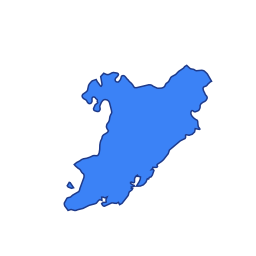 SVG path tracing the border of Cantabria, rotated 146°
{"feature_id": "ESP-5813", "entity_name": "Cantabria", "entity_type": "Autonomous Community", "adm_level": 1, "iso_a3": "ESP", "parent_name": "Spain", "parent_adm1": "", "projection": "orthographic", "projection_center": [-3.983, 43.14], "detail": "fine", "context": "isolated", "style": "filled", "palette": "blue", "viewbox_px": 256, "rotation_deg": 146, "n_neighbors": 0, "source": "natural_earth", "source_scale": "10m", "svg_char_len": 4268}
<svg xmlns="http://www.w3.org/2000/svg" viewBox="0 0 256 256"><g transform="rotate(146 128 128)"><path d="M69.0,86.9L69.6,86.9L72.6,89.9L75.0,87.5L78.2,86.9L81.4,87.8L83.5,89.9L84.3,89.9L85.5,88.0L86.5,87.4L91.8,88.1L105.9,86.6L109.1,84.2L116.2,81.9L118.9,81.5L124.0,81.5L124.7,81.1L124.8,80.3L125.0,79.6L125.9,79.3L126.7,79.6L129.4,81.5L130.0,80.8L130.5,80.6L131.1,80.6L131.8,80.4L131.3,80.2L130.2,79.3L130.2,78.3L134.1,75.4L136.1,74.6L138.0,75.1L139.4,74.2L139.7,74.4L140.3,75.1L143.6,73.0L147.0,72.3L150.3,73.0L153.5,75.1L148.6,77.3L146.5,78.7L145.0,80.4L146.2,81.9L146.7,82.3L147.3,82.7L146.9,82.8L146.6,82.8L146.5,83.6L147.7,83.7L148.8,83.5L150.4,82.7L151.2,81.9L152.7,79.7L153.2,79.3L154.2,79.6L155.2,81.1L156.3,81.5L156.8,80.8L156.5,79.4L155.8,78.0L155.1,77.2L155.1,76.2L156.6,76.5L157.3,76.7L158.1,77.2L158.3,76.4L158.9,76.2L158.1,75.1L159.3,74.5L162.7,74.3L164.0,73.4L165.1,72.3L166.3,71.7L175.0,68.9L177.8,69.1L177.6,71.8L179.6,71.9L181.1,73.0L182.4,74.3L183.4,75.0L191.2,76.3L191.8,76.8L192.2,77.6L192.3,78.6L192.2,80.0L191.7,80.2L191.0,80.0L190.1,80.2L189.6,79.8L188.5,79.1L187.4,78.8L187.0,79.7L186.6,80.6L185.7,81.4L183.9,82.5L186.1,82.9L187.4,84.7L188.5,85.4L190.1,82.5L191.3,84.3L192.9,84.4L196.3,83.4L197.9,83.7L203.4,85.6L210.3,86.5L215.5,88.4L217.0,88.7L218.2,89.3L220.8,92.3L223.8,93.2L223.8,94.3L224.0,98.8L223.5,100.3L222.8,101.4L217.9,103.9L216.8,103.8L214.3,102.9L211.4,103.3L204.3,102.8L202.9,103.6L201.6,104.8L192.1,111.7L190.9,113.3L190.5,114.8L190.9,115.8L191.1,117.0L191.1,118.2L191.0,119.3L191.0,120.4L191.4,121.5L191.9,122.6L192.8,125.9L193.0,127.8L189.8,128.1L186.4,127.7L184.3,127.8L182.2,127.4L179.1,126.0L175.8,125.1L172.5,124.6L171.5,124.1L169.7,122.7L168.7,122.2L167.5,122.4L165.8,123.5L163.5,126.0L160.8,129.7L159.1,131.5L157.8,132.6L155.7,133.8L154.0,135.4L153.0,135.8L151.9,136.0L148.6,135.8L147.5,135.9L146.5,136.2L145.8,136.7L145.8,138.1L145.7,139.5L145.3,141.0L143.9,142.5L142.7,143.2L141.0,143.7L139.2,144.8L136.8,147.4L134.8,148.8L133.8,149.2L132.9,149.9L132.7,150.1L131.8,152.0L129.2,159.3L129.0,160.4L129.1,161.6L129.5,162.7L130.3,163.7L131.2,164.5L132.3,164.9L133.5,164.9L135.6,164.2L138.5,162.4L139.4,161.6L140.3,159.6L140.9,158.8L141.8,158.4L142.8,158.1L143.8,158.5L144.6,159.2L145.4,160.2L146.1,161.2L146.3,162.2L145.7,163.4L142.2,165.6L139.0,165.8L138.8,166.5L138.7,167.2L138.0,167.9L137.7,168.7L138.2,170.5L138.2,171.6L138.7,172.6L139.5,173.2L140.5,173.2L141.4,172.6L142.3,171.1L143.1,170.0L144.5,169.3L145.7,169.4L146.6,169.9L147.1,171.0L147.2,172.2L147.0,173.9L147.3,175.1L148.2,176.8L148.4,177.5L148.6,178.6L148.4,179.7L147.8,180.6L146.7,181.2L142.7,181.3L140.7,181.7L136.8,185.4L135.4,186.1L133.2,186.8L131.3,187.1L127.3,186.0L127.6,183.4L127.5,182.4L127.4,178.8L127.3,177.9L127.0,177.6L126.0,178.0L125.1,178.7L121.9,185.9L117.5,187.0L116.3,185.0L115.7,184.2L114.7,183.4L113.5,183.0L110.5,182.7L109.1,182.2L106.9,180.2L106.1,179.3L105.8,178.5L106.1,177.5L107.0,177.0L109.0,176.4L110.1,176.3L111.1,175.8L111.8,175.1L112.1,174.0L111.9,172.9L111.1,172.0L110.1,171.5L107.3,172.3L106.3,173.0L104.8,174.3L104.3,174.6L103.4,174.5L102.6,174.1L102.0,173.4L101.7,172.5L101.6,171.9L101.5,171.0L101.4,169.9L101.3,168.7L101.0,167.7L101.0,166.5L100.8,165.4L100.2,163.2L100.0,161.0L100.1,159.9L100.1,158.8L99.9,157.7L98.3,156.6L86.6,152.2L85.0,151.0L84.3,149.9L84.2,149.7L83.8,148.5L81.5,144.7L80.5,143.9L77.8,142.3L76.4,141.9L74.5,141.9L72.4,143.2L71.3,143.6L69.6,143.6L68.1,143.9L64.2,146.0L62.7,146.1L58.6,145.7L54.3,146.6L48.5,146.6L46.7,147.2L44.3,147.1L43.4,143.1L43.0,142.1L40.7,139.8L40.1,138.4L39.4,137.3L34.7,134.7L33.7,133.8L32.9,132.6L32.3,130.1L32.0,128.4L32.6,120.0L33.9,120.2L37.3,119.7L38.4,119.3L39.5,119.1L41.7,119.6L42.7,119.6L43.7,118.8L44.4,117.2L44.7,115.8L44.8,114.5L45.0,113.5L45.2,112.4L45.0,110.2L45.2,109.2L45.9,108.3L47.3,107.5L48.5,107.2L49.6,107.1L50.7,107.3L51.8,107.4L54.2,107.2L55.2,106.6L55.8,106.2L56.3,105.3L57.1,104.4L58.8,103.3L59.9,103.1L61.2,103.3L63.2,103.8L64.0,104.4L64.6,106.1L65.3,106.7L66.2,106.5L67.1,105.8L67.8,104.8L68.2,103.5L68.3,102.0L68.0,99.8L67.0,96.9L66.5,96.3L66.3,95.4L66.6,94.4L68.0,91.9L69.0,89.7L68.9,87.8L69.0,86.9ZM206.5,108.9L208.6,109.6L210.6,112.5L210.7,114.1L207.1,115.8L206.5,115.0L206.5,108.9Z" fill="#3b82f6" stroke="#1e3a8a" stroke-width="1.5"/></g></svg>